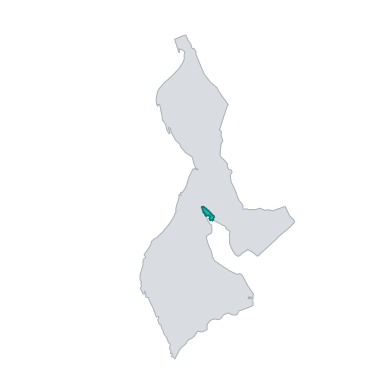 Mutarara, Tete, Mozambique (highlighted), rotated 158°
{"feature_id": "85939544B58328889190937", "entity_name": "Mutarara", "entity_type": "district", "adm_level": 2, "iso_a3": "MOZ", "parent_name": "Mozambique", "parent_adm1": "Tete", "projection": "robinson", "projection_center": [35.123, -17.229], "detail": "fine", "context": "in_parent", "style": "filled", "palette": "teal", "viewbox_px": 384, "rotation_deg": 158, "n_neighbors": 0, "source": "geoboundaries", "source_scale": "gbopen_adm2", "svg_char_len": 6162}
<svg xmlns="http://www.w3.org/2000/svg" viewBox="0 0 384 384"><g transform="rotate(158 192 192)"><path d="M125.6,259.6L127.8,257.8L142.4,240.3L143.3,239.6L142.1,236.7L144.0,233.4L144.2,228.1L144.8,227.3L147.1,225.5L150.1,220.1L152.0,215.9L152.3,213.9L149.5,208.2L148.6,205.1L149.5,202.5L149.7,200.0L149.4,199.2L147.6,198.1L147.4,197.0L147.4,195.7L147.7,195.0L149.8,193.8L150.3,193.2L152.0,186.5L151.4,181.5L151.3,175.8L151.7,169.8L151.5,166.5L150.2,162.6L150.0,159.8L151.0,157.9L151.2,156.7L147.9,156.1L146.2,154.5L140.0,151.9L135.2,151.6L131.2,147.7L128.1,147.1L124.1,144.3L111.5,143.7L111.0,143.4L110.5,134.9L110.0,132.1L108.4,129.1L108.0,127.0L108.1,125.6L115.1,122.5L128.7,118.1L131.8,116.6L155.0,107.9L155.7,108.4L158.0,112.9L161.9,117.9L162.9,117.3L168.5,116.4L169.3,115.8L171.0,115.3L173.0,115.0L173.6,115.3L175.7,118.5L176.4,124.3L176.5,128.3L176.3,131.1L174.6,134.4L173.4,138.5L171.6,140.7L171.7,141.8L173.7,144.3L174.1,145.3L174.0,147.4L174.3,148.3L176.1,149.6L177.4,151.6L182.5,157.6L183.8,158.7L184.8,158.9L185.3,160.1L185.0,161.4L184.2,162.2L184.5,163.3L185.5,164.2L187.8,164.1L188.1,163.7L188.0,158.4L187.2,155.4L186.2,154.0L188.1,148.3L189.2,146.7L193.0,146.1L194.7,145.6L195.5,144.9L196.0,143.1L196.5,138.1L196.6,133.3L196.3,130.6L196.8,126.4L197.6,123.8L197.2,123.3L196.9,119.8L187.4,105.8L182.0,99.5L181.2,98.9L178.2,98.4L176.6,96.1L175.3,83.5L173.3,74.5L176.4,68.5L177.5,64.6L178.1,64.0L180.8,63.8L190.2,63.9L192.5,64.3L193.5,63.9L196.0,61.6L198.0,61.6L200.7,63.1L202.2,64.4L202.4,65.5L204.2,66.2L207.6,66.4L210.1,65.8L211.6,64.4L213.2,63.7L214.9,63.7L216.2,64.1L217.1,65.1L218.7,65.8L221.2,66.2L223.9,65.6L226.8,63.9L228.4,62.1L229.3,59.1L229.9,58.7L234.0,58.4L236.2,59.0L239.0,60.9L243.8,57.5L246.9,56.4L249.8,56.4L252.2,55.6L254.0,54.0L256.0,53.0L260.1,51.8L262.8,50.2L270.4,43.7L271.2,45.6L272.7,47.3L270.7,49.1L272.5,50.3L271.2,52.1L271.0,53.4L271.6,54.6L270.7,56.6L269.6,58.2L269.3,59.4L270.3,61.5L269.8,65.3L271.3,71.6L270.8,73.6L271.1,78.6L270.5,80.4L271.5,81.0L272.0,83.0L271.6,86.4L269.9,87.8L269.7,89.3L271.8,89.3L271.8,93.6L271.5,94.9L272.0,96.3L271.4,97.9L272.1,104.9L272.1,109.9L272.2,110.7L274.0,111.5L274.0,112.9L272.8,114.7L272.9,117.4L274.2,115.3L274.9,115.3L275.6,116.1L275.6,119.1L276.0,120.7L275.8,122.0L273.7,124.5L273.6,126.9L272.8,127.2L272.4,127.8L272.9,129.2L272.9,130.5L271.4,134.3L264.2,143.5L264.0,145.0L262.2,147.9L260.2,148.4L259.2,149.2L260.0,151.7L250.4,158.2L249.5,159.1L247.9,161.4L244.8,162.7L241.4,162.8L240.8,163.3L233.1,166.3L231.6,167.7L228.3,169.0L223.1,172.2L218.9,175.3L214.1,179.9L213.4,182.3L211.2,185.6L207.8,189.4L205.7,192.5L205.6,193.9L204.4,194.4L203.4,193.0L203.0,195.6L202.1,195.8L201.2,195.2L197.0,198.0L193.8,201.1L189.3,207.0L182.7,212.8L181.2,212.9L179.2,210.9L178.0,210.8L179.7,213.0L179.6,217.8L178.8,223.5L178.9,224.7L183.3,230.8L185.4,237.8L185.5,241.4L187.7,246.0L188.7,253.0L188.5,259.5L189.5,260.6L189.9,259.6L190.1,255.6L190.7,254.5L191.3,254.6L191.8,256.8L192.0,259.2L191.2,264.3L191.4,266.3L192.5,269.8L191.3,273.8L189.3,284.9L189.8,285.6L190.8,285.8L191.1,284.6L191.7,284.6L192.0,285.4L191.2,289.7L190.4,291.6L187.5,296.3L186.0,298.3L183.4,300.3L177.4,303.4L165.5,307.8L157.9,311.3L151.9,315.5L149.3,318.3L148.2,321.5L146.2,324.8L148.0,327.6L150.2,329.6L151.3,326.3L151.9,326.2L150.9,340.1L142.6,340.3L140.2,339.8L138.9,339.9L138.8,334.1L137.7,329.8L138.1,326.7L138.0,325.0L136.2,323.9L135.8,320.6L136.8,318.0L136.6,296.9L133.7,286.6L129.7,279.2L129.5,275.5L127.7,267.3L125.6,259.6ZM178.5,73.6L179.5,73.1L179.6,72.0L179.0,71.5L178.4,71.6L178.2,73.3L178.5,73.6ZM177.8,71.7L177.0,71.0L176.4,71.2L176.2,71.8L176.9,72.7L177.5,72.7L177.8,71.7Z" fill="#d9dde1" stroke="#a8b0b8" stroke-width="1"/><path d="M188.6,174.5L188.5,174.4L188.8,174.3L188.8,174.2L188.8,173.9L188.7,173.8L188.7,173.6L188.6,173.4L188.6,173.2L188.7,172.9L188.6,172.7L188.7,172.4L188.8,172.2L188.7,172.1L188.7,171.9L188.7,171.6L188.8,171.5L188.8,171.3L188.9,171.1L189.0,171.0L189.0,170.9L188.9,170.8L188.8,170.7L188.8,170.4L188.9,170.2L188.9,169.9L189.0,169.7L188.9,169.7L188.7,169.5L188.5,169.4L188.6,169.1L188.6,168.8L188.7,168.7L188.8,168.7L189.0,168.5L189.0,168.4L188.9,168.3L188.9,168.2L188.8,167.9L188.7,167.9L188.7,167.7L188.6,167.3L188.5,167.2L188.3,166.8L188.2,166.9L188.2,166.7L188.3,166.5L188.3,166.4L188.2,166.3L188.3,166.3L188.3,166.2L188.2,166.2L188.3,166.1L188.2,166.0L188.3,166.0L188.3,165.9L188.5,165.7L188.4,165.6L188.4,165.4L188.3,165.2L188.2,165.1L188.3,165.0L188.3,164.9L188.3,164.7L188.2,164.5L188.1,164.4L185.1,164.3L185.0,164.2L184.9,164.0L184.8,163.9L185.0,163.6L185.2,163.4L184.8,163.2L184.7,163.1L184.4,162.8L184.5,162.3L184.4,162.2L184.5,162.1L184.4,162.1L184.5,161.9L184.8,161.7L185.0,161.7L185.3,161.5L185.5,161.4L185.7,161.2L185.9,160.8L186.0,160.8L186.2,160.7L186.1,160.4L186.0,160.1L185.9,159.9L185.8,159.7L186.0,159.4L186.0,159.2L185.9,158.9L185.7,158.6L185.3,158.6L185.2,158.7L184.9,158.7L184.7,158.7L184.6,158.9L184.4,158.9L184.2,158.8L184.1,158.7L183.9,158.5L183.8,158.4L183.6,158.4L183.4,158.2L183.4,157.8L183.4,157.7L183.2,157.8L183.1,158.0L182.9,158.1L182.7,158.3L182.6,158.5L182.4,158.5L182.2,158.6L182.1,158.8L182.1,159.0L182.0,159.3L182.0,159.5L181.9,159.7L181.8,159.8L181.7,159.8L181.5,160.0L181.4,160.2L181.2,160.3L181.0,160.5L180.8,160.5L180.9,160.8L180.7,161.0L180.5,161.3L180.5,161.5L180.8,161.7L180.9,161.9L181.0,162.0L181.2,162.3L181.2,162.5L181.3,162.6L181.5,162.6L181.8,162.8L181.9,163.0L182.0,163.2L181.9,163.3L181.8,163.6L181.8,163.8L182.0,163.9L182.0,164.0L182.2,164.3L182.2,164.6L182.2,164.8L182.3,164.9L182.3,165.0L182.5,165.0L182.5,165.5L182.4,165.6L182.5,165.8L182.7,166.1L182.8,166.3L182.9,166.5L183.0,166.7L183.2,166.9L183.2,167.0L183.2,167.4L183.3,167.8L183.4,168.0L183.5,168.3L183.6,168.5L183.7,168.8L183.8,168.8L184.1,168.9L184.2,169.0L184.3,169.3L184.5,169.5L184.5,169.9L184.5,170.1L184.6,170.3L184.8,170.6L185.0,170.8L185.1,171.0L185.2,171.3L185.1,171.5L185.3,171.9L185.4,172.0L185.6,172.1L185.8,172.1L185.9,172.4L186.0,172.6L186.1,172.8L186.3,173.0L186.3,173.5L186.4,173.8L186.8,174.2L187.0,174.3L187.3,174.4L187.5,174.3L187.8,174.3L188.0,174.5L188.4,174.6L188.5,174.6L188.6,174.5Z" fill="#14b8a6" stroke="#0f766e" stroke-width="1.5"/></g></svg>